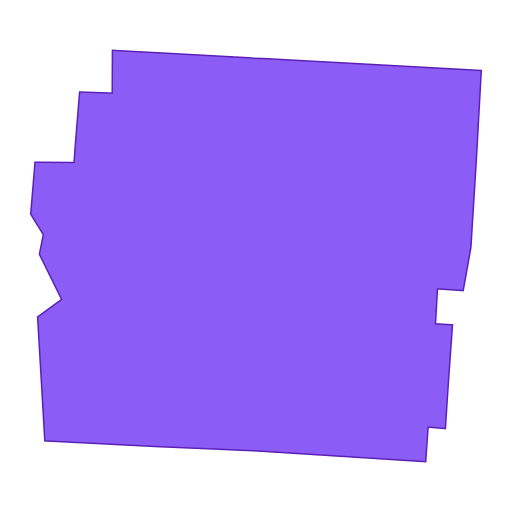 outline of Franklin, Ohio, United States of America
{"feature_id": "52423323B46586650957438", "entity_name": "Franklin", "entity_type": "district", "adm_level": 2, "iso_a3": "USA", "parent_name": "United States of America", "parent_adm1": "Ohio", "projection": "orthographic", "projection_center": [-83.012, 39.969], "detail": "fine", "context": "isolated", "style": "filled", "palette": "violet", "viewbox_px": 512, "rotation_deg": 0, "n_neighbors": 0, "source": "geoboundaries", "source_scale": "gbopen_adm2", "svg_char_len": 474}
<svg xmlns="http://www.w3.org/2000/svg" viewBox="0 0 512 512"><path d="M463.2,290.6L470.9,247.5L476.4,158.9L481.3,70.5L292.0,60.1L261.3,58.4L255.8,58.4L250.7,57.9L112.4,50.3L112.2,93.1L79.6,92.0L75.5,142.2L74.0,162.5L35.0,162.2L30.7,214.2L43.3,234.6L39.4,254.3L61.6,299.4L37.6,316.9L44.8,440.9L156.8,446.6L254.2,450.8L425.7,461.7L428.1,427.1L445.4,428.6L448.2,385.2L452.5,324.8L435.5,323.8L437.5,288.9L463.2,290.6Z" fill="#8b5cf6" stroke="#5b21b6" stroke-width="1.5"/></svg>